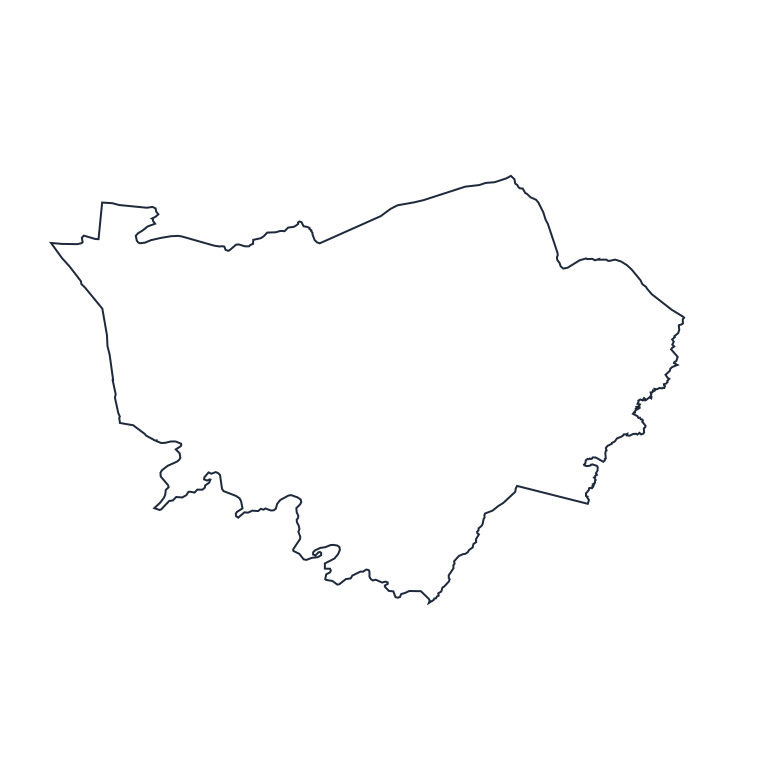 Kompienga, Kompienga, Burkina Faso, rotated 81°
{"feature_id": "67063806B63358793036390", "entity_name": "Kompienga", "entity_type": "district", "adm_level": 2, "iso_a3": "BFA", "parent_name": "Burkina Faso", "parent_adm1": "Kompienga", "projection": "equal_earth", "projection_center": [0.936, 11.436], "detail": "fine", "context": "isolated", "style": "outline", "palette": "slate", "viewbox_px": 768, "rotation_deg": 81, "n_neighbors": 0, "source": "geoboundaries", "source_scale": "gbopen_adm2", "svg_char_len": 6139}
<svg xmlns="http://www.w3.org/2000/svg" viewBox="0 0 768 768"><g transform="rotate(81 384 384)"><path d="M198.3,226.1L200.0,230.9L202.0,243.2L201.3,252.2L202.4,258.7L201.8,273.0L208.6,316.2L209.3,325.8L209.6,342.6L212.0,350.0L217.7,361.0L235.0,425.5L233.6,428.0L231.0,430.0L225.3,431.2L223.4,431.0L221.6,432.0L220.7,431.7L219.3,433.4L218.3,433.1L216.7,435.5L215.7,438.7L211.2,440.2L210.3,442.1L211.1,443.7L212.4,443.7L213.8,446.2L214.7,448.8L214.5,454.2L217.5,458.3L216.6,462.3L217.2,467.3L216.2,475.7L219.3,479.7L220.7,482.9L221.2,490.6L225.1,491.4L225.8,494.3L226.9,495.9L226.2,500.0L223.5,505.4L223.2,508.2L227.9,515.9L228.0,517.2L226.7,519.5L223.3,520.2L222.5,522.6L222.5,524.8L220.8,530.1L206.6,560.7L205.5,564.1L204.7,571.4L204.8,581.7L205.5,591.8L207.0,597.9L206.8,603.2L205.8,604.6L203.8,605.7L198.8,606.0L196.6,603.3L194.6,598.4L191.4,592.8L189.9,585.0L186.8,586.6L184.8,586.5L184.3,587.3L183.1,583.5L181.1,580.3L178.0,582.1L174.9,582.1L172.9,584.9L172.8,590.7L165.8,617.6L162.9,624.1L160.7,634.0L196.3,643.3L195.6,646.5L190.5,657.2L192.2,659.5L196.9,659.5L197.6,660.9L197.9,665.1L195.2,680.4L192.6,690.8L209.2,682.4L218.5,676.3L235.2,667.2L237.9,667.3L242.0,664.2L265.6,650.4L292.5,650.0L303.4,651.2L311.7,650.4L337.7,650.9L337.7,651.4L352.3,650.6L355.2,651.9L371.2,651.0L374.8,650.0L376.0,650.8L381.2,650.9L385.5,638.2L395.8,628.2L397.8,627.0L404.2,618.7L404.1,617.3L405.1,617.2L407.3,613.5L407.9,609.6L407.4,603.5L408.2,598.8L411.2,593.8L412.6,593.7L413.8,594.8L416.0,599.9L420.5,596.7L425.0,596.7L426.8,598.1L428.3,600.6L430.9,610.3L434.4,616.8L436.8,618.7L440.4,619.0L450.2,613.1L452.3,612.9L454.5,616.1L459.2,617.4L462.0,619.2L466.1,623.5L470.7,630.3L473.3,625.4L473.0,623.7L465.9,614.4L466.0,610.8L463.1,606.9L464.5,601.1L462.9,596.6L460.0,594.1L460.0,592.5L461.6,588.1L459.1,584.9L460.0,579.9L458.4,577.2L456.2,576.5L454.2,572.2L451.3,570.4L451.0,571.4L451.7,573.8L450.1,576.6L448.0,576.0L443.9,571.1L445.6,568.6L444.7,564.0L446.0,561.8L448.2,560.2L462.2,560.4L464.7,559.2L471.4,547.7L474.3,544.5L477.5,543.5L484.7,543.2L487.3,549.2L488.9,550.7L491.3,550.8L493.2,548.9L488.9,542.0L489.8,538.5L488.5,533.9L489.8,528.2L488.0,525.2L489.3,522.6L488.4,520.6L491.2,515.6L491.5,512.7L490.3,510.4L485.6,508.2L482.4,504.7L479.2,495.8L479.3,492.9L482.5,487.1L485.0,484.4L487.7,484.2L489.9,485.8L492.9,490.0L497.0,490.3L500.7,489.3L502.7,489.7L504.5,491.5L507.1,491.6L510.5,490.4L514.0,490.2L516.6,491.7L521.6,490.6L523.9,491.1L533.0,499.5L534.7,499.6L538.5,494.2L544.6,490.8L545.6,488.1L544.4,482.4L544.7,476.5L543.2,472.8L541.0,472.5L539.9,473.5L540.0,475.0L542.6,478.5L541.3,480.7L539.1,480.3L537.5,478.0L535.9,472.5L536.0,467.6L534.7,461.9L535.0,459.1L536.3,455.3L537.9,453.6L540.9,453.5L544.9,456.0L548.6,460.2L552.0,470.5L557.1,471.3L558.0,466.2L560.0,465.7L561.6,466.8L563.0,470.9L567.7,472.6L568.4,471.9L570.5,465.7L574.8,461.5L574.8,459.5L570.7,452.1L570.8,447.3L568.3,445.3L565.6,436.6L566.1,434.1L564.5,430.5L565.4,428.3L566.9,427.7L572.2,428.5L574.7,427.5L576.3,425.7L576.0,422.8L579.8,416.9L579.4,413.4L580.6,411.4L582.0,411.6L583.2,414.7L584.3,414.9L589.1,411.6L590.3,407.2L596.2,406.0L597.2,404.0L596.9,401.6L594.1,399.8L593.7,396.0L592.4,391.4L594.4,380.0L603.0,373.5L605.0,372.7L607.3,374.0L605.1,368.8L603.8,367.9L603.8,366.2L602.2,365.0L601.6,363.1L599.3,363.2L597.9,359.9L594.2,358.1L593.5,356.3L589.2,350.8L587.2,349.7L585.7,350.4L583.1,350.0L576.9,344.2L574.0,343.9L572.5,342.4L570.1,342.5L565.6,337.0L564.4,332.6L564.5,330.3L563.2,327.5L561.4,326.1L559.2,321.9L556.0,320.7L554.6,317.7L551.6,317.4L547.4,313.8L545.7,315.2L544.6,315.2L543.3,313.5L541.4,313.2L539.6,310.1L537.9,308.6L532.9,306.7L531.5,305.5L529.0,305.3L527.7,304.4L526.0,296.5L522.4,290.2L520.2,284.9L511.0,271.2L507.8,270.2L505.5,268.5L534.2,201.5L530.6,199.7L527.8,201.1L527.1,200.6L526.2,202.0L523.6,201.6L520.8,198.3L519.0,197.7L518.8,196.6L519.5,194.9L517.4,192.7L517.7,193.5L517.3,194.0L516.4,192.5L515.6,193.2L514.6,191.0L512.9,190.9L511.9,189.9L509.2,191.2L508.9,189.9L507.7,189.7L507.0,187.9L505.4,188.7L503.0,186.7L499.7,185.9L498.2,186.5L496.0,190.7L496.1,192.2L496.8,192.7L496.9,196.4L495.7,198.8L495.0,199.1L494.1,197.7L490.9,196.6L489.8,194.7L490.3,193.8L489.8,192.4L490.3,191.8L490.4,190.5L489.2,189.4L489.7,186.4L495.1,179.6L494.1,177.9L492.6,177.6L492.3,176.6L486.8,176.2L484.5,175.2L484.4,174.6L481.9,174.9L480.1,172.9L478.7,168.4L477.8,168.0L476.9,165.1L474.2,162.4L473.1,157.6L472.1,155.6L471.3,155.2L471.3,154.1L471.7,153.0L471.3,151.5L472.8,152.1L473.5,149.3L472.4,146.2L472.5,143.0L473.6,141.6L472.2,139.3L474.0,138.0L473.8,136.2L472.7,134.7L468.5,134.3L467.6,132.8L466.2,132.2L461.7,134.8L460.8,134.0L459.5,134.4L459.1,135.9L457.3,136.5L457.3,138.0L455.4,138.7L452.4,142.8L451.1,141.4L451.3,140.5L450.2,140.5L448.9,138.9L447.8,139.3L447.3,138.8L447.7,137.5L448.5,137.3L447.6,135.2L446.5,135.2L446.7,136.7L446.1,137.4L446.1,136.5L444.2,134.5L443.2,136.7L441.5,135.4L440.2,135.4L439.4,133.3L440.6,131.1L438.6,129.3L439.3,128.7L440.4,129.9L440.8,129.5L440.5,128.4L441.0,128.0L438.7,123.9L440.0,122.3L438.6,121.8L437.8,122.8L436.2,121.6L434.1,122.0L434.2,120.3L432.5,119.4L433.2,118.7L432.8,117.5L431.1,117.6L431.9,115.3L431.0,112.3L431.9,110.2L431.4,109.6L431.8,107.8L430.1,106.8L429.3,107.6L428.0,107.6L427.7,105.3L426.3,103.5L425.2,103.7L423.6,101.4L422.3,102.9L418.9,104.5L415.7,99.6L413.7,98.8L412.4,96.9L411.1,91.2L408.7,94.3L407.8,93.8L407.0,91.7L403.1,89.7L394.7,95.0L393.6,94.0L392.3,91.5L390.3,93.1L387.6,91.2L385.0,92.4L383.2,89.4L382.2,89.7L379.8,85.5L376.7,83.9L372.5,83.7L371.9,83.3L371.8,81.1L371.0,79.3L366.8,78.8L365.5,77.2L364.6,77.8L355.7,88.2L337.2,105.5L330.5,109.6L329.3,109.8L325.7,113.3L321.9,114.3L309.5,121.6L304.8,125.3L300.2,130.5L297.3,136.3L297.7,142.5L296.9,144.2L296.0,144.7L294.8,152.5L294.2,152.2L294.8,156.3L293.0,158.6L292.4,163.8L291.6,164.7L292.4,171.4L297.9,184.5L298.0,188.9L295.4,191.1L291.8,191.7L289.0,193.3L286.1,193.5L284.2,192.3L281.7,192.1L251.6,197.1L246.9,198.7L239.4,199.8L229.0,203.1L225.8,205.0L222.5,210.1L218.4,213.2L217.6,214.5L212.6,216.5L212.0,219.1L211.0,220.2L208.2,221.3L206.6,223.0L202.2,223.1L198.3,226.1Z" fill="none" stroke="#1e293b" stroke-width="2"/></g></svg>